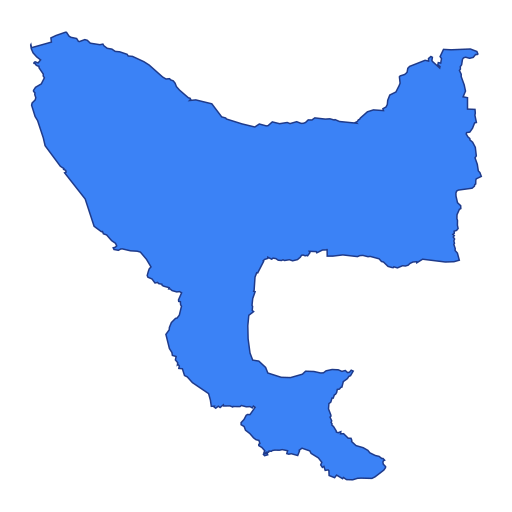 Jocotepec, Jalisco, Mexico
{"feature_id": "50627088B19235204085767", "entity_name": "Jocotepec", "entity_type": "district", "adm_level": 2, "iso_a3": "MEX", "parent_name": "Mexico", "parent_adm1": "Jalisco", "projection": "albers", "projection_center": [-103.393, 20.289], "detail": "fine", "context": "isolated", "style": "filled", "palette": "blue", "viewbox_px": 512, "rotation_deg": 0, "n_neighbors": 0, "source": "geoboundaries", "source_scale": "gbopen_adm2", "svg_char_len": 5965}
<svg xmlns="http://www.w3.org/2000/svg" viewBox="0 0 512 512"><path d="M45.1,145.7L60.4,166.3L63.9,168.6L63.6,169.4L65.7,170.4L66.1,172.1L64.6,172.8L85.2,199.0L94.1,226.3L101.4,231.7L102.5,231.5L103.4,233.8L106.6,234.9L111.6,240.6L115.5,243.3L116.7,245.9L115.3,247.2L113.2,247.8L114.0,249.5L118.4,250.3L120.7,249.0L122.4,248.9L130.5,250.8L137.2,251.2L140.4,252.1L146.4,259.2L151.0,266.9L149.2,268.9L148.4,271.2L147.2,275.5L147.9,277.2L152.0,279.0L155.0,283.0L157.6,282.4L158.6,283.6L161.9,284.2L162.2,285.4L163.8,286.2L169.2,287.7L168.7,288.9L170.2,289.0L172.1,290.6L176.7,291.9L179.6,291.6L181.6,292.8L178.5,299.9L178.7,301.4L180.4,301.7L180.6,304.8L181.5,306.2L179.3,315.2L177.0,318.1L175.5,318.4L171.4,322.5L169.4,327.4L169.2,329.8L165.9,334.4L169.4,348.5L171.9,352.5L172.4,355.4L176.1,356.5L175.4,359.9L177.7,362.7L177.4,365.0L178.1,364.5L179.3,366.0L178.8,368.4L182.4,368.8L184.5,375.5L187.3,376.9L192.4,382.6L208.6,393.6L210.4,400.1L211.3,406.3L214.3,406.2L213.9,406.8L215.7,408.2L218.3,406.2L220.1,407.5L223.4,404.8L223.7,406.0L230.0,405.9L232.7,407.0L233.0,406.5L239.9,406.6L241.4,405.5L246.3,406.8L250.1,406.6L252.3,407.9L253.4,406.1L255.1,407.3L250.0,414.6L247.5,414.5L246.2,415.3L244.0,419.5L241.1,422.6L241.1,424.7L244.1,426.5L245.5,430.2L249.9,433.6L253.5,437.8L256.0,439.7L258.9,440.4L259.9,443.5L258.8,444.3L258.8,445.6L261.9,447.5L264.8,450.8L264.0,452.4L263.7,454.7L264.6,455.7L267.7,454.8L267.3,453.3L264.6,453.5L266.7,452.1L268.6,452.2L269.1,451.0L271.3,451.3L272.4,450.5L274.8,450.1L279.5,450.2L282.2,449.6L287.6,450.7L286.8,453.6L288.8,454.2L291.3,453.7L297.7,455.5L299.5,451.0L299.2,450.2L302.0,448.2L309.8,450.9L311.1,453.4L318.4,457.9L321.8,462.3L320.7,464.9L322.4,467.4L323.9,466.4L325.2,470.4L328.1,469.9L328.9,470.7L329.1,475.5L334.6,477.7L336.6,475.1L342.6,478.7L343.4,477.5L346.5,479.6L352.7,479.8L357.5,478.3L361.0,478.1L371.9,478.4L375.1,476.8L383.8,470.1L385.5,467.7L385.6,466.6L383.3,464.2L382.9,462.1L383.4,460.8L384.6,460.2L383.0,458.5L381.8,458.5L379.1,456.4L375.3,455.5L369.8,452.8L367.9,450.4L363.2,447.7L356.0,445.6L351.6,441.5L351.8,440.3L351.0,438.3L348.2,438.2L343.6,433.7L340.5,433.8L340.8,431.7L338.2,432.7L336.4,432.1L336.2,430.9L333.5,426.5L331.9,425.1L332.0,423.7L331.1,422.5L331.7,420.9L330.0,417.1L330.9,416.2L330.9,415.2L328.5,408.9L328.9,403.6L330.8,402.1L332.0,398.1L333.2,398.1L334.4,394.8L335.5,394.3L336.6,392.6L337.3,389.4L339.4,389.1L340.9,387.3L341.9,387.1L343.3,381.6L347.4,378.6L348.8,376.4L350.5,375.7L353.2,371.1L351.2,370.2L349.5,372.2L347.6,372.6L345.3,370.5L341.9,371.4L338.3,369.8L332.1,369.5L326.1,370.8L323.5,372.8L320.7,373.0L313.9,371.5L305.6,371.2L302.4,374.2L290.5,377.6L281.2,377.3L267.8,373.0L265.6,367.4L258.8,361.1L252.7,360.1L250.0,353.0L248.1,338.8L247.8,325.7L248.8,315.3L253.6,311.6L252.2,310.4L252.6,306.4L252.0,305.4L252.7,298.6L255.1,291.7L252.9,291.2L253.7,291.3L254.1,290.4L255.0,277.2L256.7,272.7L257.7,272.9L263.6,261.4L263.2,260.8L264.7,259.4L267.8,258.4L267.8,257.2L271.7,259.2L273.0,258.1L275.9,258.6L278.2,260.2L281.5,260.5L283.0,259.8L284.5,260.5L289.4,259.7L292.6,260.8L297.5,259.6L300.3,257.2L301.5,255.3L303.2,255.0L305.1,255.8L306.5,255.4L307.6,255.8L309.9,252.7L309.2,251.3L316.3,251.6L316.8,252.8L322.5,250.0L327.0,249.9L327.1,248.9L327.2,256.1L333.0,256.1L342.8,254.9L357.5,256.6L359.8,255.6L362.9,255.4L368.0,256.7L370.2,256.4L379.1,258.8L381.5,261.5L383.5,262.0L388.0,266.4L392.3,267.6L393.4,267.6L393.9,266.8L397.4,267.9L402.6,265.7L405.4,266.0L408.1,265.2L410.0,263.4L413.0,262.0L416.7,261.7L416.8,262.8L422.6,259.2L445.3,262.0L454.0,261.7L459.3,260.2L457.4,253.1L455.1,250.5L455.2,248.5L453.8,244.3L454.5,243.3L453.8,240.9L454.6,239.0L453.2,237.0L454.3,235.6L452.8,234.4L454.3,233.2L454.1,231.2L456.6,230.4L458.1,228.5L457.4,225.2L457.5,220.5L456.9,218.7L457.0,214.7L459.4,209.3L460.8,208.6L460.7,205.7L457.5,202.7L456.0,196.1L455.9,193.1L456.6,191.1L458.3,190.1L472.1,188.2L474.4,186.2L474.8,184.5L475.7,184.0L475.8,180.1L476.3,178.8L481.3,176.4L479.9,172.6L478.3,170.9L477.3,164.3L475.0,157.8L476.3,155.9L475.3,147.3L472.6,142.2L470.0,140.0L469.8,138.5L468.0,137.0L466.2,134.0L466.6,132.6L469.8,132.1L472.5,128.3L474.6,122.9L476.4,122.5L474.9,115.2L475.3,113.1L475.0,109.4L467.5,109.1L467.5,97.7L463.1,96.8L465.5,91.1L464.2,84.9L461.2,76.6L461.2,74.2L459.4,70.4L460.4,69.1L460.3,66.6L461.6,64.8L462.5,59.2L463.6,57.8L465.6,57.2L469.6,58.3L473.2,57.4L475.6,54.5L477.1,54.6L477.9,54.0L476.9,51.5L470.4,49.0L451.1,49.8L443.5,49.4L440.1,56.6L441.5,58.6L440.7,63.1L438.3,62.6L437.8,64.9L440.0,66.5L439.7,68.0L432.6,61.6L431.9,60.6L432.4,57.3L430.9,56.5L428.5,58.5L428.6,61.1L425.1,60.3L409.6,66.4L407.8,68.3L407.1,72.2L405.9,73.5L404.6,74.5L400.2,75.9L399.4,76.8L400.1,83.2L399.1,85.7L395.9,92.0L389.8,95.0L387.7,100.3L387.3,104.5L386.0,107.0L382.9,108.7L383.5,110.6L373.4,109.9L367.4,111.8L360.4,118.0L359.5,119.4L358.4,119.8L357.4,121.5L355.5,122.4L356.5,123.2L339.5,121.5L335.0,119.6L334.2,120.0L329.9,118.8L325.3,119.1L314.8,117.9L311.9,120.0L308.2,119.9L305.5,122.5L303.4,123.3L301.1,123.4L296.7,121.7L290.0,123.6L287.2,122.5L279.6,123.7L272.3,121.9L268.0,125.7L266.3,125.9L259.3,124.0L254.8,127.0L242.0,123.9L226.4,119.0L225.7,118.0L221.7,116.9L211.8,103.8L195.8,99.9L189.6,100.5L190.7,99.4L190.0,98.2L188.4,97.8L179.5,90.1L176.4,86.6L175.1,83.2L173.3,80.9L170.5,79.8L169.6,78.7L166.0,79.0L162.6,77.0L149.1,65.0L143.9,61.7L132.5,56.4L128.2,56.0L127.1,54.3L119.7,51.8L115.2,51.4L111.9,49.1L107.2,48.3L103.8,45.7L102.9,44.1L99.9,44.7L90.3,43.2L87.3,40.3L84.8,39.6L79.3,41.6L78.4,41.3L76.6,38.5L70.9,37.3L69.0,36.1L66.5,32.3L65.5,32.2L56.0,35.5L50.9,37.9L51.4,42.1L31.5,47.7L30.9,44.6L30.7,45.0L31.3,48.8L33.1,52.9L36.6,56.8L40.6,59.9L38.1,62.9L35.1,61.8L34.0,62.6L34.0,63.4L35.5,63.8L35.8,64.8L37.4,65.9L38.9,66.2L39.1,67.9L43.3,74.1L43.2,76.0L44.4,77.8L41.3,83.9L35.5,87.3L33.5,90.4L33.6,91.5L34.9,92.7L34.8,94.7L35.8,97.7L35.2,99.9L32.1,103.0L31.6,105.2L35.1,116.5L37.6,120.6L43.3,137.9L45.1,145.7Z" fill="#3b82f6" stroke="#1e3a8a" stroke-width="1.5"/></svg>